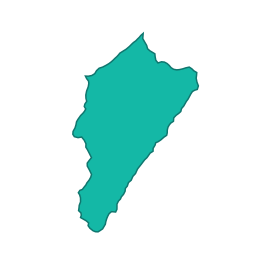 the district of Lambari, Minas Gerais, Brazil, rotated 148°
{"feature_id": "56859067B8762583410753", "entity_name": "Lambari", "entity_type": "district", "adm_level": 2, "iso_a3": "BRA", "parent_name": "Brazil", "parent_adm1": "Minas Gerais", "projection": "albers", "projection_center": [-45.372, -21.995], "detail": "fine", "context": "isolated", "style": "filled", "palette": "teal", "viewbox_px": 256, "rotation_deg": 148, "n_neighbors": 0, "source": "geoboundaries", "source_scale": "gbopen_adm2", "svg_char_len": 2143}
<svg xmlns="http://www.w3.org/2000/svg" viewBox="0 0 256 256"><g transform="rotate(148 128 128)"><path d="M153.0,82.0L149.5,84.4L145.8,85.4L143.6,86.9L141.4,88.3L138.0,89.5L134.2,90.9L130.8,92.2L127.7,92.8L125.3,93.8L122.5,95.0L119.1,95.0L117.5,97.4L114.2,99.1L112.3,100.8L109.6,100.4L106.5,100.5L102.2,101.2L99.1,101.3L97.3,103.1L95.8,105.4L93.8,107.4L91.7,108.6L89.2,109.5L85.9,109.6L83.8,112.4L80.4,113.3L77.3,113.5L74.5,114.0L72.3,116.1L69.1,117.1L66.5,118.5L64.3,119.7L61.9,120.6L59.1,122.2L56.5,123.7L54.0,124.8L51.4,124.7L48.8,124.0L46.0,126.4L45.2,130.4L43.8,134.1L42.0,136.3L40.3,138.6L41.8,141.5L42.5,144.4L43.8,147.2L47.2,148.4L50.4,149.2L53.5,150.3L55.9,151.5L58.2,153.6L59.5,156.3L59.9,159.3L60.7,162.0L62.2,164.6L64.5,166.4L68.1,167.3L68.5,170.8L67.2,174.1L65.9,176.7L67.0,178.9L68.5,181.8L69.4,184.8L68.4,188.2L68.3,192.0L68.1,196.0L65.0,200.2L68.1,199.7L70.4,198.9L72.8,198.4L75.1,197.8L78.1,197.6L80.2,197.2L83.6,196.4L87.8,195.8L92.1,195.8L95.2,195.8L97.5,195.0L99.7,194.4L102.1,194.0L104.7,193.4L107.0,193.0L109.9,192.7L113.5,192.8L117.2,193.1L120.8,194.0L124.3,193.3L127.4,191.7L130.9,191.7L134.3,193.0L136.6,194.6L136.9,191.7L136.6,188.8L137.6,186.6L139.9,184.0L143.5,181.3L146.3,178.3L147.9,175.5L148.9,172.5L152.0,171.1L153.7,169.4L153.7,166.6L155.9,165.3L158.4,164.4L161.5,163.7L163.9,162.7L166.0,161.8L168.4,160.5L170.3,158.4L172.8,156.2L176.4,154.2L178.1,151.9L178.1,149.1L175.5,146.3L172.1,144.9L171.6,140.9L172.0,136.9L173.9,134.1L173.9,130.8L174.3,126.2L174.7,122.2L178.2,121.0L181.2,119.8L182.7,117.3L183.0,112.5L183.5,108.0L185.7,106.0L188.6,104.4L192.0,103.2L193.9,102.0L196.3,101.2L199.2,100.1L201.9,100.6L204.4,99.4L204.4,97.0L205.3,93.9L207.4,90.5L210.3,88.3L212.0,86.1L213.7,84.1L212.9,81.0L213.8,78.8L215.7,77.2L214.3,74.6L212.6,71.4L211.7,68.4L213.6,66.3L213.4,63.1L212.1,59.4L210.6,57.3L208.4,55.8L205.9,55.8L203.0,55.9L200.3,57.3L198.2,58.4L196.6,60.2L194.1,62.4L191.7,64.1L189.4,65.4L186.3,65.8L183.0,63.3L180.5,64.9L179.0,67.2L177.7,69.3L174.8,71.1L172.0,71.8L170.2,73.1L167.0,74.1L164.0,75.9L162.2,78.2L159.4,79.1L156.5,81.5L153.0,82.0Z" fill="#14b8a6" stroke="#0f766e" stroke-width="1.5"/></g></svg>